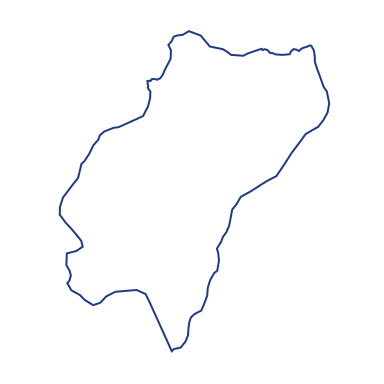 Edu, Kwara, Nigeria, rotated 94°
{"feature_id": "59680162B33186191897384", "entity_name": "Edu", "entity_type": "district", "adm_level": 2, "iso_a3": "NGA", "parent_name": "Nigeria", "parent_adm1": "Kwara", "projection": "mercator", "projection_center": [5.13, 8.931], "detail": "fine", "context": "isolated", "style": "outline", "palette": "blue", "viewbox_px": 384, "rotation_deg": 94, "n_neighbors": 0, "source": "geoboundaries", "source_scale": "gbopen_adm2", "svg_char_len": 1910}
<svg xmlns="http://www.w3.org/2000/svg" viewBox="0 0 384 384"><g transform="rotate(94 192 192)"><path d="M289.1,308.2L291.5,310.1L298.5,305.5L302.6,296.6L307.0,291.7L311.8,282.7L308.9,275.8L302.1,270.2L296.9,261.5L293.6,240.4L297.0,231.2L305.1,226.5L352.2,201.1L349.9,199.0L348.0,192.5L341.4,187.9L335.1,186.0L328.4,186.0L322.7,185.7L317.3,184.4L313.8,181.2L311.3,177.3L309.7,174.5L304.0,172.5L299.8,171.2L294.4,169.6L286.5,169.6L278.6,167.7L271.3,164.2L268.7,161.3L258.6,160.3L251.0,161.6L246.8,163.2L239.5,159.4L234.8,158.1L229.7,154.9L223.0,152.6L214.8,151.6L206.8,150.7L201.1,146.8L193.4,143.0L187.6,134.0L175.9,118.2L170.2,108.9L156.9,101.2L146.1,95.4L145.5,95.0L135.3,88.3L127.4,83.4L126.1,82.5L118.1,70.6L110.8,65.8L103.2,62.3L94.0,61.3L89.6,62.5L82.3,64.5L77.8,68.1L68.3,72.2L59.7,76.1L54.0,78.4L48.3,79.0L42.3,80.3L37.8,83.2L37.6,84.9L39.1,87.4L40.1,90.2L41.3,92.8L43.9,95.1L42.9,97.3L42.3,100.5L44.8,103.1L47.7,104.1L48.6,109.2L48.9,112.4L48.9,116.0L48.9,118.5L48.0,120.5L47.7,124.0L45.1,126.6L44.5,129.5L45.5,131.4L44.3,132.6L47.0,139.3L50.1,146.4L52.5,150.3L52.5,157.8L52.5,162.5L50.1,166.0L47.4,171.1L45.6,184.4L35.3,194.3L31.8,206.3L35.9,212.3L36.9,217.8L38.5,221.2L42.9,222.8L47.0,225.8L52.1,222.9L60.6,222.6L67.4,225.6L72.2,227.7L76.9,229.3L80.8,231.6L82.5,234.9L81.9,236.3L82.1,239.9L83.4,240.5L84.3,241.6L84.2,242.5L84.3,242.9L84.2,242.9L84.4,243.4L84.4,243.6L84.4,243.9L84.4,244.2L87.4,243.7L89.3,243.0L90.8,243.4L92.3,242.6L94.4,240.6L100.9,240.3L109.5,241.8L119.6,246.1L122.3,250.9L132.4,269.7L132.9,272.0L133.5,274.8L137.8,283.8L141.4,287.4L141.7,287.8L146.7,289.3L152.2,293.6L161.1,297.2L168.8,301.5L171.6,304.2L185.9,306.6L193.3,311.7L206.5,320.3L216.2,322.7L223.9,322.3L231.3,316.0L238.3,308.6L241.0,306.0L244.5,302.7L248.4,299.1L252.0,297.9L254.2,297.2L258.9,303.2L262.0,312.6L273.8,312.2L279.2,308.5L283.9,307.0L289.1,308.2Z" fill="none" stroke="#1e3a8a" stroke-width="2"/></g></svg>